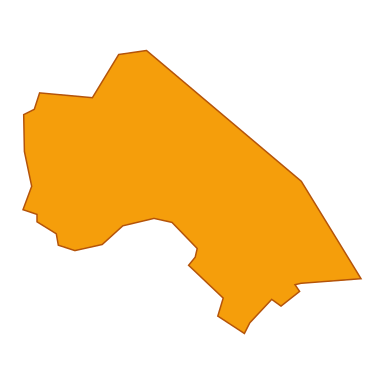 the district of Yirol East, Lakes, South Sudan
{"feature_id": "79223893B59833655345818", "entity_name": "Yirol East", "entity_type": "district", "adm_level": 2, "iso_a3": "SSD", "parent_name": "South Sudan", "parent_adm1": "Lakes", "projection": "mercator", "projection_center": [30.77, 6.774], "detail": "fine", "context": "isolated", "style": "filled", "palette": "amber", "viewbox_px": 384, "rotation_deg": 0, "n_neighbors": 0, "source": "geoboundaries", "source_scale": "gbopen_adm2", "svg_char_len": 524}
<svg xmlns="http://www.w3.org/2000/svg" viewBox="0 0 384 384"><path d="M361.0,278.7L340.2,244.7L301.3,181.3L146.5,50.5L118.7,54.5L92.4,97.7L39.6,92.9L34.3,109.3L23.7,114.6L24.4,151.5L31.7,186.3L23.0,209.7L37.0,214.4L37.0,221.8L56.3,233.8L58.3,245.2L74.9,250.6L102.2,244.5L122.8,225.8L154.0,218.4L172.0,222.4L197.2,248.5L195.2,257.2L188.6,265.3L223.2,298.1L217.8,316.1L244.4,333.5L249.8,322.8L271.7,299.4L281.0,306.1L299.6,291.4L295.0,284.7L301.0,283.3L361.0,278.7Z" fill="#f59e0b" stroke="#b45309" stroke-width="1.5"/></svg>